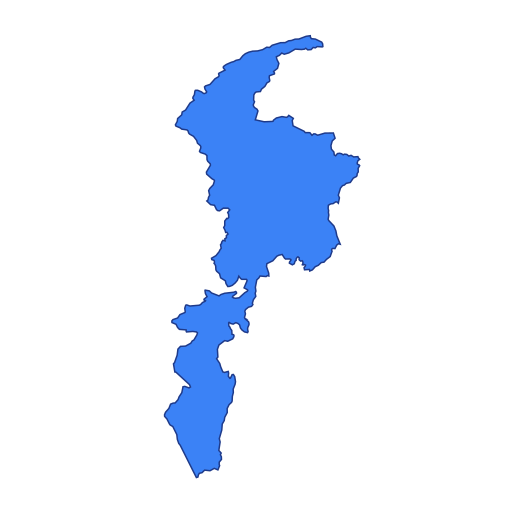 an SVG outline of K.P., rotated 349°
{"feature_id": "PAK-1123", "entity_name": "K.P.", "entity_type": "Province", "adm_level": 1, "iso_a3": "PAK", "parent_name": "Pakistan", "parent_adm1": "", "projection": "natural_earth1", "projection_center": [72.151, 34.071], "detail": "fine", "context": "isolated", "style": "filled", "palette": "blue", "viewbox_px": 512, "rotation_deg": 349, "n_neighbors": 0, "source": "natural_earth", "source_scale": "10m", "svg_char_len": 6083}
<svg xmlns="http://www.w3.org/2000/svg" viewBox="0 0 512 512"><g transform="rotate(349 256 256)"><path d="M347.1,49.9L351.3,50.1L351.2,51.6L351.8,53.2L355.7,54.4L361.3,58.6L361.9,60.5L361.6,63.2L360.9,63.4L356.0,62.1L354.0,63.0L351.9,62.2L349.5,63.9L346.1,63.5L344.5,61.6L343.1,62.2L340.1,62.0L334.0,60.4L327.0,62.9L322.2,63.3L320.0,61.7L317.3,63.5L314.0,64.3L314.0,66.9L315.2,71.3L312.9,75.9L308.5,78.2L309.1,80.0L308.8,80.8L303.6,81.6L303.0,83.2L303.0,86.3L302.5,87.2L299.7,88.2L297.1,91.2L293.2,93.3L291.7,95.4L287.5,95.0L285.9,95.9L284.6,97.5L283.4,102.6L284.0,104.3L282.2,107.0L282.1,108.1L282.8,109.9L285.0,112.1L285.6,114.0L281.3,122.2L289.6,125.8L297.6,127.0L298.4,127.0L299.1,126.0L302.3,124.4L308.1,124.1L312.3,125.7L313.6,125.4L315.0,124.2L318.9,128.0L317.4,130.0L317.2,135.3L327.0,142.7L327.9,144.3L332.4,145.2L334.0,148.2L335.9,147.1L337.3,147.4L339.6,149.2L347.0,148.5L355.4,150.0L356.1,155.5L352.8,157.6L350.6,162.0L350.4,165.5L352.3,168.8L352.1,171.7L353.3,172.8L355.5,171.0L357.7,171.1L359.4,171.9L360.9,173.3L362.3,172.9L364.5,173.6L366.2,175.6L368.5,175.3L370.8,177.4L375.0,177.9L375.2,179.2L376.3,180.9L374.2,181.9L373.0,184.1L373.1,185.2L374.5,186.2L375.0,187.1L373.0,189.4L372.4,193.0L371.1,194.3L370.5,196.3L369.8,197.1L366.4,198.1L362.6,201.8L358.4,201.9L356.3,203.2L354.4,203.4L351.9,205.4L348.4,212.0L349.0,214.8L346.9,219.9L345.8,218.4L344.5,218.1L341.6,219.3L339.3,219.1L336.7,220.0L335.9,223.0L335.9,225.5L335.4,226.8L335.3,229.7L333.8,233.7L334.2,235.1L338.2,241.4L339.2,246.6L339.2,251.6L340.9,260.5L339.3,259.7L337.3,260.7L334.9,263.8L332.8,263.2L331.8,263.6L331.3,264.7L331.6,265.8L328.7,270.7L324.5,272.8L321.6,275.0L318.8,274.9L315.4,277.0L312.1,277.8L308.7,280.4L305.9,281.0L305.9,279.4L301.0,278.8L300.9,276.7L302.5,275.3L302.9,274.4L301.8,273.6L300.5,273.8L299.8,273.4L300.8,272.0L300.8,270.0L300.3,269.4L299.0,269.6L297.9,268.4L297.6,267.8L298.1,266.1L297.0,264.8L296.0,265.2L294.8,266.6L294.6,267.9L293.3,268.6L292.1,270.9L290.0,271.6L287.4,269.4L287.7,268.4L289.6,266.6L289.5,266.0L288.4,265.3L284.4,264.6L283.6,263.6L282.0,259.5L278.6,259.6L276.4,260.2L271.6,263.9L265.2,265.6L264.3,268.3L265.2,275.3L264.8,278.1L263.4,277.4L262.0,278.1L256.1,276.4L254.6,278.1L252.2,279.6L249.4,286.6L249.2,290.4L248.1,292.4L248.1,295.6L245.1,298.4L243.4,301.7L243.7,303.1L242.0,304.6L238.8,304.8L235.5,306.6L234.5,308.1L234.6,310.8L233.0,314.1L233.3,315.3L234.3,316.1L233.8,316.1L236.1,319.1L236.3,320.6L236.0,322.1L234.3,324.6L233.8,326.0L233.8,328.7L233.1,329.6L230.2,328.3L228.0,325.8L227.0,323.7L226.7,320.4L225.4,318.8L223.5,317.6L220.6,318.5L218.4,317.5L216.9,316.0L216.4,316.4L216.0,319.5L216.8,320.8L217.0,322.3L218.0,324.4L217.5,328.3L219.0,329.0L219.2,330.0L218.8,331.1L217.3,332.9L212.0,334.3L209.1,333.1L202.6,336.3L200.3,340.2L199.3,347.9L197.7,349.3L199.9,354.6L200.2,358.1L201.3,363.4L202.9,364.3L206.7,364.0L206.8,365.7L205.9,368.8L207.0,371.1L207.6,371.0L209.9,367.9L211.2,368.0L212.1,370.4L211.9,375.5L211.0,377.9L208.2,382.3L207.7,385.7L206.0,389.3L204.9,393.8L204.1,395.0L201.2,396.8L198.6,400.2L197.9,404.2L194.5,408.4L193.4,411.5L190.8,414.5L189.2,420.3L185.1,428.3L185.3,431.7L182.4,439.8L184.2,442.8L183.1,444.3L183.7,446.4L183.3,449.1L180.6,451.3L180.1,453.5L180.3,454.8L177.8,458.7L174.5,456.5L169.9,458.0L164.7,456.4L161.7,458.4L158.9,458.5L157.7,459.9L156.8,461.9L155.2,462.1L145.5,427.3L144.4,425.2L143.8,421.0L144.2,416.2L141.8,407.5L139.5,405.5L138.9,404.1L137.5,399.0L135.7,396.0L135.9,394.4L137.4,392.1L141.4,389.0L143.9,385.1L146.5,384.6L148.6,384.8L152.1,382.1L153.6,379.6L157.1,376.0L159.4,370.4L161.2,370.4L165.1,372.7L166.7,372.1L166.2,369.6L155.2,354.7L154.2,354.4L154.4,346.1L155.7,345.1L159.7,338.3L161.6,332.5L164.6,330.3L169.6,331.0L175.3,329.2L177.2,327.2L179.0,326.6L182.9,322.2L183.9,320.3L183.1,319.2L179.6,318.0L173.3,317.3L173.1,316.7L173.3,315.2L166.8,313.4L165.4,311.2L164.5,307.8L160.8,305.3L161.0,303.7L162.3,302.6L167.2,301.9L170.2,299.0L175.5,297.9L175.9,297.2L176.1,293.7L177.6,290.9L178.7,290.8L181.6,292.5L191.1,293.5L192.8,292.8L194.5,291.5L197.5,290.7L197.9,290.3L196.6,289.3L196.7,288.5L200.2,286.6L199.2,283.3L199.3,280.3L199.6,279.8L203.5,281.3L205.3,283.8L212.1,288.1L214.3,287.1L218.1,286.6L227.3,287.3L229.3,287.0L229.9,287.9L229.7,289.0L225.6,291.0L225.0,291.8L225.9,292.8L227.8,293.6L231.5,293.8L238.0,289.9L240.7,288.9L241.4,288.1L241.2,287.5L238.2,285.0L242.2,279.1L242.6,278.1L242.2,277.1L237.6,276.2L236.6,275.2L235.3,272.5L233.1,276.3L230.4,278.5L227.1,280.3L224.3,280.8L222.5,280.6L221.3,277.4L221.2,274.5L217.1,270.7L216.8,266.4L214.5,263.5L214.0,262.0L214.5,258.1L214.1,256.3L213.4,255.2L214.1,254.1L214.1,252.8L214.0,252.3L211.9,251.1L211.9,249.7L216.8,248.0L220.9,244.5L221.4,243.5L223.3,241.8L223.3,238.2L224.7,236.9L224.9,235.9L226.6,234.3L228.5,235.2L228.7,233.1L230.5,232.4L230.7,230.4L232.7,229.1L232.0,227.2L230.7,227.1L230.5,224.7L229.7,221.9L231.1,220.2L232.0,215.7L234.5,213.5L235.3,213.9L236.6,212.9L237.0,209.8L236.5,207.9L239.0,205.7L237.7,203.7L233.0,202.8L228.9,204.7L227.2,204.2L226.1,203.0L224.9,198.3L221.2,196.9L218.2,192.6L219.6,191.8L220.6,189.3L222.1,187.5L222.0,182.8L223.5,180.9L227.6,178.0L229.6,174.3L229.3,173.3L227.5,171.8L223.2,166.2L223.3,164.2L228.6,158.2L228.7,156.8L226.7,153.8L226.3,152.1L227.0,148.0L225.5,146.2L221.1,143.7L220.5,142.4L222.3,139.6L222.7,138.2L222.4,137.0L220.1,134.1L219.8,131.2L217.5,126.6L214.0,123.6L213.4,122.5L213.1,120.1L212.2,119.0L207.3,117.3L205.8,115.6L202.2,113.2L201.9,111.9L204.4,108.8L205.3,106.1L210.0,103.3L211.0,100.6L214.7,99.3L220.4,93.3L225.0,91.3L224.1,89.2L224.4,88.1L226.3,85.9L227.5,82.5L228.1,81.8L230.4,82.2L233.8,84.5L235.5,86.4L236.4,86.7L238.2,86.3L238.9,85.5L237.8,82.5L237.7,80.2L238.9,79.4L243.6,78.8L249.6,74.2L253.3,72.9L254.2,72.0L254.0,70.1L254.5,69.5L261.1,67.6L259.8,65.0L260.0,64.1L260.9,63.4L263.5,62.3L268.7,61.1L271.3,60.9L273.7,60.1L277.6,60.0L281.3,56.9L284.1,55.4L287.9,54.5L291.8,54.3L296.7,55.0L301.9,54.7L306.4,53.1L309.1,53.9L312.1,52.2L320.9,51.3L325.3,52.1L329.1,51.0L331.9,51.2L335.7,50.6L339.5,51.2L347.1,49.9Z" fill="#3b82f6" stroke="#1e3a8a" stroke-width="1.5"/></g></svg>